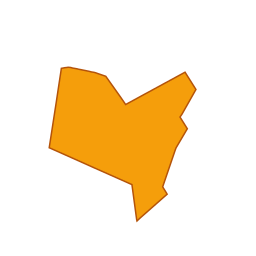 Bom Princípio do Piauí, Piauí, Brazil, rotated 330°
{"feature_id": "56859067B36609863905827", "entity_name": "Bom Princípio do Piauí", "entity_type": "district", "adm_level": 2, "iso_a3": "BRA", "parent_name": "Brazil", "parent_adm1": "Piauí", "projection": "robinson", "projection_center": [-41.617, -3.159], "detail": "fine", "context": "isolated", "style": "filled", "palette": "amber", "viewbox_px": 256, "rotation_deg": 330, "n_neighbors": 0, "source": "geoboundaries", "source_scale": "gbopen_adm2", "svg_char_len": 736}
<svg xmlns="http://www.w3.org/2000/svg" viewBox="0 0 256 256"><g transform="rotate(330 128 128)"><path d="M181.5,143.1L201.7,131.2L206.1,128.6L205.8,121.3L205.3,108.2L158.3,107.0L137.7,106.5L137.0,97.5L134.6,72.1L133.3,70.6L132.0,69.1L130.6,67.5L129.2,65.9L127.6,64.0L126.4,62.8L124.4,61.2L122.6,59.4L121.0,58.0L119.9,57.0L118.5,55.8L116.5,54.0L114.6,52.4L113.4,51.2L111.5,49.6L110.0,48.4L108.7,47.0L106.6,45.5L104.8,44.8L103.5,44.2L102.0,43.7L100.1,43.0L98.8,44.7L87.6,58.7L78.6,70.0L49.9,105.7L79.1,146.0L103.1,179.0L89.8,211.4L89.3,213.0L94.0,211.9L123.3,206.0L126.9,205.3L128.8,204.9L128.8,203.2L128.6,196.3L158.0,170.6L159.7,169.2L179.0,158.3L178.5,144.5L181.5,143.1Z" fill="#f59e0b" stroke="#b45309" stroke-width="1.5"/></g></svg>